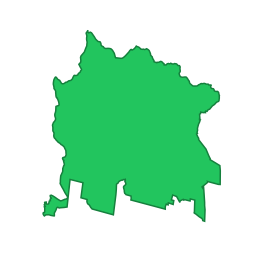 Reforma, Chiapas, Mexico (Equal Earth projection), rotated 353°
{"feature_id": "50627088B2456269013516", "entity_name": "Reforma", "entity_type": "district", "adm_level": 2, "iso_a3": "MEX", "parent_name": "Mexico", "parent_adm1": "Chiapas", "projection": "equal_earth", "projection_center": [-93.258, 17.869], "detail": "fine", "context": "isolated", "style": "filled", "palette": "green", "viewbox_px": 256, "rotation_deg": 353, "n_neighbors": 0, "source": "geoboundaries", "source_scale": "gbopen_adm2", "svg_char_len": 5711}
<svg xmlns="http://www.w3.org/2000/svg" viewBox="0 0 256 256"><g transform="rotate(353 128 128)"><path d="M138.9,51.7L138.3,52.5L134.5,55.8L133.0,56.9L130.8,58.1L129.0,57.9L124.9,56.9L124.4,56.9L124.1,56.5L123.5,52.2L122.1,49.0L121.5,48.2L120.8,47.4L119.7,46.9L117.8,46.5L115.6,46.4L114.5,45.9L114.1,45.6L113.4,44.3L112.5,43.8L111.6,42.9L111.4,42.2L111.4,40.8L111.0,39.4L110.8,39.1L108.7,38.4L106.7,35.8L105.8,33.6L103.7,29.6L103.3,29.0L102.3,28.3L101.6,28.4L100.7,28.8L100.1,28.5L99.9,27.6L100.1,26.1L99.3,27.3L98.7,27.9L98.0,28.7L98.4,31.7L97.9,33.5L97.7,35.1L97.9,37.8L97.5,39.4L97.0,41.7L96.5,42.4L95.6,44.0L93.9,47.3L90.2,50.7L89.5,52.1L89.4,55.5L88.9,57.2L87.7,58.1L87.0,58.8L88.3,62.4L88.8,63.4L89.0,64.1L88.9,64.6L87.8,65.7L87.2,66.9L85.8,67.6L85.2,68.1L84.8,69.0L84.0,69.4L82.6,69.6L81.4,69.2L80.9,69.3L80.2,70.1L78.5,72.8L77.2,73.7L75.5,74.0L74.8,74.0L73.1,75.0L72.2,75.0L71.5,75.1L70.7,75.7L69.5,76.2L68.3,76.1L68.0,76.0L67.4,75.5L66.2,72.8L66.0,72.4L64.2,71.1L63.1,69.1L62.8,68.8L62.4,68.6L62.1,68.7L61.2,69.7L60.4,71.0L60.0,72.0L59.4,74.2L59.2,75.5L59.5,78.2L59.4,79.4L59.4,80.0L60.1,81.0L60.7,82.8L60.5,84.3L60.5,85.7L60.4,87.6L60.6,88.8L61.2,89.2L61.2,90.1L61.6,90.4L61.7,90.7L62.2,92.8L62.4,93.8L62.5,96.3L62.3,96.8L61.5,97.3L59.3,97.7L59.1,97.9L58.4,102.0L57.9,103.6L57.3,104.7L56.9,106.1L56.9,107.4L57.3,109.4L57.1,110.7L56.6,111.6L55.5,112.8L54.8,113.3L53.4,115.9L53.5,118.3L53.1,121.6L53.3,122.3L53.7,123.1L53.9,123.8L53.8,124.8L53.4,126.5L53.4,127.4L53.6,128.7L54.4,129.7L55.2,131.2L56.6,133.0L56.9,133.6L58.6,134.9L59.5,136.2L60.7,137.1L62.2,138.8L63.6,142.9L63.4,145.2L63.4,146.7L63.0,147.7L62.4,148.6L61.6,149.2L59.9,149.4L59.5,149.7L59.3,150.3L59.5,150.8L59.6,151.7L60.4,152.3L60.4,152.6L60.1,153.1L60.0,153.4L60.3,155.0L60.3,156.9L59.6,157.6L58.7,159.5L58.3,160.3L58.1,161.8L57.9,163.0L57.8,163.4L55.4,167.3L54.5,171.5L54.3,173.4L53.9,174.6L53.9,175.0L55.2,178.5L56.2,180.8L57.7,184.9L58.0,185.3L58.1,185.7L59.2,187.9L59.5,188.7L59.5,189.7L59.3,190.2L58.7,190.7L57.9,191.0L56.8,191.0L53.4,192.0L52.1,192.1L49.3,189.9L47.4,188.1L45.2,186.3L43.6,185.3L42.6,185.5L42.5,186.8L42.7,187.4L43.3,188.1L43.3,188.4L42.1,189.1L42.0,189.6L42.1,190.4L42.1,190.7L41.0,190.9L40.1,193.3L39.8,193.6L39.1,193.8L38.1,193.6L37.8,193.4L37.7,193.1L37.9,191.6L36.6,191.5L36.2,191.7L36.3,193.4L35.6,193.8L35.5,194.1L35.9,194.8L36.3,195.8L36.1,195.9L35.5,195.6L35.3,195.9L35.6,197.3L35.3,199.7L35.0,201.3L34.6,201.7L33.7,201.7L33.4,202.2L33.3,202.8L33.4,203.5L34.0,204.8L34.4,205.1L35.5,204.3L36.0,204.2L39.0,204.5L40.9,205.4L44.0,206.3L44.2,206.2L44.3,205.6L44.5,203.5L46.3,201.0L46.9,199.8L47.2,199.2L47.9,198.2L48.5,198.1L48.8,198.2L49.8,198.9L50.6,199.0L51.1,198.9L54.9,199.1L57.9,199.0L64.2,172.0L76.6,176.8L72.8,191.5L78.7,194.0L78.3,195.6L78.3,196.6L78.6,197.9L78.9,198.5L80.0,199.5L80.5,200.3L81.3,202.2L82.5,204.0L102.9,212.4L107.9,192.5L108.9,187.6L109.7,182.5L110.2,182.0L111.1,181.7L111.7,181.1L112.0,180.5L113.0,179.7L115.2,179.0L116.2,179.1L116.6,178.9L116.9,178.6L117.4,178.6L117.8,178.9L119.0,178.5L119.1,178.9L119.0,179.5L118.5,180.4L118.4,180.8L118.5,181.0L118.7,180.9L118.8,181.1L119.1,183.4L118.6,183.8L118.2,184.4L116.7,185.3L116.5,185.6L116.3,186.7L116.6,188.6L116.7,189.7L116.6,190.4L116.7,192.1L116.8,192.4L117.8,193.6L117.9,193.9L122.7,195.9L122.6,198.2L122.1,199.8L155.1,213.1L155.4,210.7L156.7,208.2L158.4,209.2L158.9,207.2L163.5,209.4L164.6,205.6L162.3,204.6L164.2,200.0L167.9,201.9L170.2,207.7L170.5,207.7L170.9,206.7L171.1,206.6L172.0,206.2L173.0,206.0L173.8,205.6L174.3,205.6L174.6,206.4L175.7,206.1L180.7,208.0L181.2,206.0L185.5,207.7L183.7,219.2L183.3,220.3L183.8,220.8L183.9,220.7L187.9,224.8L190.3,226.8L190.8,227.6L190.9,229.0L192.7,229.9L194.5,218.5L194.6,214.5L195.0,211.0L195.7,198.6L195.8,196.3L195.0,197.1L194.3,195.5L199.9,192.0L200.8,191.1L200.7,190.9L210.9,195.0L212.6,195.3L214.4,181.7L214.6,176.5L205.6,169.4L205.9,168.6L204.9,165.8L202.8,158.4L197.2,149.0L196.7,147.7L196.9,146.9L196.2,145.3L195.3,142.3L196.3,141.8L196.0,141.0L196.0,140.7L196.8,138.7L196.9,136.7L198.5,132.8L200.0,130.4L200.2,129.4L200.7,128.8L200.0,128.5L200.2,127.3L200.5,127.4L200.7,123.0L201.8,122.6L202.1,121.1L204.7,122.0L205.1,121.9L206.8,122.2L206.8,121.8L206.7,121.2L207.2,120.7L208.5,121.1L209.8,119.6L211.3,119.3L214.5,116.3L216.7,115.2L219.0,113.2L220.8,112.7L221.3,112.4L221.6,112.0L221.8,111.3L222.0,110.4L222.3,109.4L222.4,107.8L222.7,107.1L222.6,106.4L222.4,106.2L222.3,104.0L222.0,103.4L221.6,102.8L221.0,102.5L220.0,102.5L218.6,102.0L218.2,101.5L218.0,100.2L217.7,99.7L217.4,99.4L216.0,99.0L215.7,98.8L215.1,98.0L215.1,97.0L215.3,96.5L215.7,95.9L215.5,95.6L215.5,95.4L213.6,95.2L213.3,95.0L213.2,94.5L212.8,94.2L211.0,94.0L209.7,93.2L209.0,93.0L206.9,93.1L206.3,92.8L205.6,92.9L204.9,93.3L203.2,93.8L202.2,94.5L201.4,94.7L197.8,94.3L197.1,93.8L195.0,91.5L194.6,90.6L194.5,89.0L193.7,87.7L193.2,86.5L192.5,85.2L192.0,84.6L191.5,84.4L190.3,84.3L188.3,84.3L187.0,83.9L186.1,83.2L185.5,81.4L185.4,79.9L186.3,78.9L186.8,77.9L186.8,75.4L187.2,73.8L187.1,73.3L186.7,72.4L185.1,72.0L184.2,70.5L183.7,70.2L182.0,69.7L181.2,70.0L180.5,70.0L179.2,69.6L178.4,68.9L177.5,69.3L176.7,69.4L176.1,68.9L174.8,69.0L173.5,70.0L172.2,69.9L171.5,69.7L171.6,68.8L171.5,68.4L170.7,67.9L170.2,66.9L168.8,65.9L168.3,65.9L166.8,66.5L165.1,66.4L164.6,66.7L164.3,66.4L163.3,66.2L161.9,65.4L162.0,64.4L161.8,63.8L161.2,62.8L161.1,62.0L160.8,61.4L160.7,60.3L159.3,58.5L159.4,57.5L159.3,56.7L158.5,53.8L157.7,52.8L156.2,51.6L154.6,52.1L153.8,52.1L152.9,51.6L152.0,51.7L151.3,51.5L150.5,51.4L150.0,50.6L149.2,49.8L148.7,49.2L147.7,48.6L147.0,48.3L146.2,47.7L145.3,48.8L143.8,50.1L142.7,50.7L141.7,51.1L141.3,51.0L140.8,50.4L140.3,50.5L138.9,51.7Z" fill="#22c55e" stroke="#15803d" stroke-width="1.5"/></g></svg>